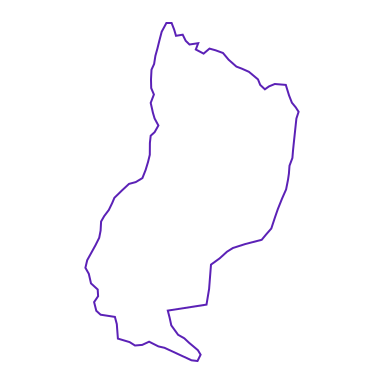 outline of Munhoz de Melo, Paraná, Brazil
{"feature_id": "56859067B84090518695688", "entity_name": "Munhoz de Melo", "entity_type": "district", "adm_level": 2, "iso_a3": "BRA", "parent_name": "Brazil", "parent_adm1": "Paraná", "projection": "albers", "projection_center": [-51.738, -23.131], "detail": "fine", "context": "isolated", "style": "outline", "palette": "violet", "viewbox_px": 384, "rotation_deg": 0, "n_neighbors": 0, "source": "geoboundaries", "source_scale": "gbopen_adm2", "svg_char_len": 1392}
<svg xmlns="http://www.w3.org/2000/svg" viewBox="0 0 384 384"><path d="M298.6,111.8L295.7,107.3L291.9,102.7L289.0,95.3L285.8,84.9L274.8,84.0L269.0,86.4L264.9,89.3L260.2,84.9L258.0,79.4L248.9,71.8L241.7,68.6L236.4,66.6L228.6,59.7L223.0,53.0L215.6,50.3L209.5,48.6L203.6,53.6L195.8,49.5L198.2,43.2L189.5,44.5L185.7,40.8L182.7,34.7L176.0,35.8L174.2,29.7L171.6,23.0L166.4,23.0L161.7,31.7L159.5,40.1L157.4,48.6L155.4,55.8L154.1,64.0L151.5,69.7L151.0,79.4L151.2,88.1L153.9,94.5L150.7,102.9L152.9,112.7L154.6,118.5L158.4,125.5L154.6,132.2L150.7,135.7L149.9,142.9L149.8,154.8L148.0,162.1L145.6,170.0L142.4,178.1L135.7,182.1L129.0,183.9L122.1,190.3L114.4,197.8L112.2,203.0L108.8,210.0L104.2,216.1L101.1,221.5L100.6,230.6L99.2,237.8L95.5,245.2L87.2,260.2L85.4,267.8L88.8,273.8L91.0,283.4L97.7,289.5L98.1,296.2L94.1,302.1L96.3,310.8L100.6,314.7L114.9,316.9L116.8,324.1L117.9,338.6L129.6,342.1L135.0,345.5L142.2,344.9L149.1,341.7L158.4,346.4L164.5,347.8L191.5,360.3L197.5,361.0L200.6,354.7L197.9,350.2L193.4,346.4L189.2,342.9L184.3,338.3L178.1,334.8L171.3,325.4L169.6,317.6L167.8,310.6L206.5,304.6L209.1,288.9L211.0,264.6L219.6,258.4L227.0,251.7L232.9,248.0L245.4,244.0L261.7,239.8L266.0,234.6L271.3,228.5L275.1,217.0L277.8,209.2L282.0,198.7L286.1,189.4L288.0,179.8L288.9,173.7L289.5,165.7L292.4,158.0L293.0,150.7L293.8,142.9L296.4,118.5L298.6,111.8Z" fill="none" stroke="#5b21b6" stroke-width="2"/></svg>